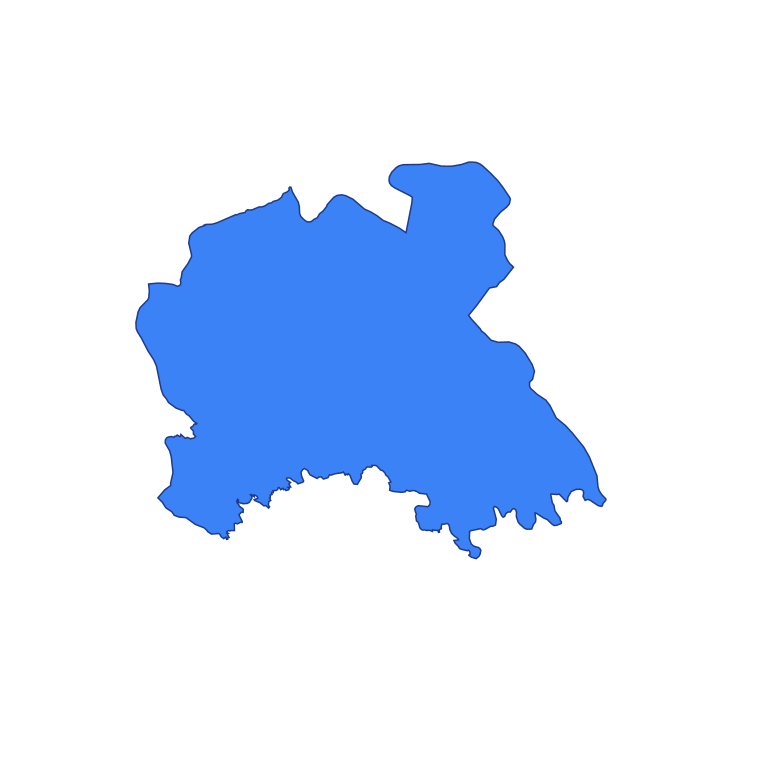 Ioba, Ioba, Burkina Faso (Equal Earth projection), rotated 308°
{"feature_id": "67063806B47797635439115", "entity_name": "Ioba", "entity_type": "district", "adm_level": 2, "iso_a3": "BFA", "parent_name": "Burkina Faso", "parent_adm1": "Ioba", "projection": "equal_earth", "projection_center": [-3.138, 11.037], "detail": "fine", "context": "isolated", "style": "filled", "palette": "blue", "viewbox_px": 768, "rotation_deg": 308, "n_neighbors": 0, "source": "geoboundaries", "source_scale": "gbopen_adm2", "svg_char_len": 6159}
<svg xmlns="http://www.w3.org/2000/svg" viewBox="0 0 768 768"><g transform="rotate(308 384 384)"><path d="M481.7,189.6L481.2,188.5L479.8,188.5L478.4,189.9L475.6,189.4L472.0,187.4L468.0,188.3L463.4,187.1L459.7,184.3L457.4,183.8L455.5,182.0L451.3,180.6L448.5,178.9L446.4,176.4L440.1,172.9L438.3,171.0L437.5,169.3L435.9,168.7L433.6,168.9L429.4,165.3L426.6,163.9L426.3,163.0L408.1,153.1L403.9,150.0L400.1,145.4L398.3,144.4L398.3,145.1L393.4,141.8L384.9,139.8L381.0,139.9L374.8,143.4L367.5,152.6L365.8,154.0L357.9,155.4L348.3,155.8L342.9,158.8L340.8,159.4L338.5,161.7L336.6,162.5L333.9,161.3L332.6,156.6L328.8,150.0L324.3,143.7L317.9,136.9L312.8,141.8L306.9,145.7L304.6,146.0L294.0,144.8L289.6,145.8L279.8,150.6L275.1,154.6L273.4,157.5L270.6,165.0L264.7,177.8L261.4,187.4L258.1,193.6L242.6,211.7L239.4,216.8L238.2,222.1L236.7,225.6L237.0,234.9L238.7,240.7L239.8,242.5L238.7,246.6L238.9,250.4L237.5,256.5L237.6,260.8L236.4,260.6L236.1,259.5L235.1,259.1L233.0,259.4L231.1,258.5L230.2,258.9L229.5,262.9L227.2,264.6L226.7,267.9L223.9,267.3L222.6,265.8L221.8,265.6L220.8,261.9L218.8,260.9L219.2,255.0L217.4,255.8L216.8,255.3L216.5,252.5L214.9,252.2L213.8,251.2L212.7,251.2L211.7,248.8L209.3,246.6L207.7,245.9L205.4,246.1L202.8,247.9L199.3,256.3L195.8,261.0L184.3,272.3L174.5,276.9L172.7,278.4L165.6,276.4L155.1,275.9L154.3,282.3L152.1,288.4L152.7,295.4L151.4,299.6L153.0,304.5L156.8,310.3L157.2,321.6L159.9,330.8L159.7,334.2L159.1,336.1L159.5,340.4L164.2,345.6L164.6,346.8L163.4,349.8L163.5,352.9L165.9,353.6L164.7,355.7L165.5,356.4L167.0,355.6L167.7,356.3L169.5,352.4L170.4,353.2L170.3,351.8L170.8,351.0L173.0,351.9L173.3,353.1L173.9,353.2L176.4,356.4L181.8,352.0L182.7,352.4L183.6,354.7L186.7,356.0L187.6,357.4L188.4,356.9L191.6,350.2L195.3,350.6L196.1,352.0L198.3,350.5L198.8,349.4L198.6,345.0L199.5,344.0L199.9,341.5L201.3,339.9L203.1,339.7L202.9,340.8L201.4,341.7L201.3,342.8L203.0,346.8L205.6,349.7L207.7,350.7L212.6,350.3L213.9,349.3L214.6,346.9L215.2,347.6L215.3,351.1L216.5,349.9L216.9,350.8L217.3,352.8L217.0,354.1L216.0,354.8L212.9,352.9L212.6,353.9L214.1,359.6L214.0,364.1L215.4,365.9L215.2,369.5L216.8,369.4L217.1,367.9L217.9,367.1L220.7,365.6L222.4,366.5L223.5,364.1L224.3,364.5L226.3,362.8L228.0,363.8L228.6,362.6L229.5,362.3L230.0,363.6L231.0,363.3L231.7,362.2L233.7,364.6L235.4,365.2L237.2,364.5L237.9,365.2L237.1,367.7L239.7,368.7L238.9,369.9L240.2,371.2L239.7,372.3L242.0,374.0L243.5,373.6L243.5,372.0L245.3,373.9L246.7,370.5L248.8,371.0L248.6,367.1L248.9,365.9L249.8,365.3L250.6,365.9L252.0,367.6L252.0,372.2L252.7,375.1L252.3,377.6L256.6,380.5L258.0,380.5L260.8,375.6L263.4,372.9L266.6,372.6L268.4,373.4L269.0,377.4L268.2,378.1L266.9,381.6L268.4,389.5L270.6,390.0L272.2,391.7L271.8,394.7L272.9,395.6L275.8,397.5L278.8,397.0L279.6,398.3L283.5,401.0L288.0,405.4L289.7,406.2L288.3,409.5L289.7,409.6L289.9,411.1L291.3,411.1L291.1,413.4L287.8,418.8L286.7,421.9L288.5,424.8L296.2,423.8L298.9,421.3L300.1,421.9L301.4,421.6L302.5,420.5L305.3,421.6L308.1,421.6L310.8,425.3L311.8,425.4L312.4,424.6L314.4,427.1L315.0,428.8L314.1,434.1L314.9,436.3L314.5,439.5L313.4,441.3L313.3,444.3L311.0,449.8L309.1,448.6L307.0,451.9L303.7,453.9L305.1,457.6L309.6,464.7L312.2,467.1L314.2,467.1L315.3,470.3L317.8,472.3L318.8,473.9L319.7,477.2L319.6,479.1L323.5,485.3L319.6,492.9L317.3,494.3L315.5,494.3L314.2,493.9L309.2,485.9L307.1,484.9L304.8,485.0L303.5,486.2L301.2,489.8L299.6,490.2L296.1,493.9L296.1,496.2L292.7,501.0L292.3,503.2L293.0,504.8L293.9,505.5L294.8,507.8L296.7,509.8L297.7,513.0L298.9,512.0L299.5,512.6L299.7,513.7L301.7,516.5L300.7,518.3L301.3,518.9L303.2,517.3L305.2,518.3L306.8,516.9L309.3,515.9L310.9,518.1L312.7,519.3L313.2,520.5L312.5,522.7L309.8,525.5L307.9,529.2L307.5,532.6L307.7,537.3L307.0,538.7L303.7,535.4L302.4,538.1L301.8,542.6L300.9,544.7L301.2,546.3L303.9,552.3L305.1,552.8L304.9,554.3L304.1,555.6L302.6,556.7L301.8,556.1L301.2,556.5L301.4,559.6L303.1,564.1L306.5,564.9L309.1,564.5L312.6,562.7L313.2,561.3L313.4,559.3L311.4,554.4L311.7,551.1L314.7,546.4L320.5,542.3L321.6,542.5L329.6,549.3L329.9,551.8L331.7,553.2L337.4,555.6L338.9,557.3L341.5,558.7L346.5,555.8L353.6,546.6L355.5,546.3L356.3,549.2L355.9,551.2L353.1,556.9L352.3,559.2L352.6,560.1L354.0,560.6L357.0,559.8L359.3,560.5L361.0,562.4L363.8,562.2L365.5,562.7L366.0,563.6L365.9,565.3L364.7,567.2L360.9,570.0L357.9,574.6L357.2,576.8L356.8,583.8L357.5,585.9L359.1,588.0L360.7,589.7L365.2,588.3L368.6,588.3L371.0,586.9L375.2,582.4L375.8,582.9L376.8,593.0L377.7,595.9L377.0,602.5L377.2,605.2L379.2,607.2L383.2,609.6L384.6,608.7L385.1,606.8L386.7,605.3L389.2,596.9L393.1,592.5L393.9,589.9L399.4,583.6L400.2,583.4L403.5,588.5L405.1,589.8L403.7,600.2L404.6,600.7L408.2,598.6L414.4,597.7L419.1,600.1L421.7,603.2L422.5,604.8L422.5,606.8L421.0,608.5L418.0,610.0L416.1,614.2L418.5,615.5L419.3,618.0L420.0,627.6L421.4,630.7L422.5,631.1L424.8,630.1L428.9,630.4L430.0,629.7L430.9,623.6L432.4,619.3L434.7,615.9L442.7,608.4L453.0,590.6L457.3,580.1L461.4,562.3L463.0,552.3L463.3,540.6L469.3,527.8L470.9,521.4L470.1,511.4L470.8,502.2L472.0,499.9L475.1,497.6L479.1,498.2L486.7,494.7L490.6,488.7L495.3,476.2L496.9,467.0L496.5,462.9L494.0,456.5L487.2,448.4L484.4,441.4L485.8,432.5L485.8,428.0L486.7,425.9L489.1,412.1L490.2,408.4L502.7,408.7L524.6,408.0L530.1,412.8L535.0,412.5L540.2,414.0L555.8,414.1L556.3,408.8L557.6,404.9L560.2,399.7L568.5,393.3L570.8,390.7L573.1,386.7L575.6,379.6L576.0,372.5L577.3,371.2L581.8,369.6L591.2,370.0L599.1,371.8L603.1,371.9L607.4,369.8L608.5,367.9L612.1,356.8L614.3,348.4L615.7,338.0L616.6,327.5L616.5,324.1L615.4,320.3L613.0,316.6L610.8,314.0L604.6,309.9L597.2,303.2L591.1,295.2L585.7,283.8L579.2,277.3L568.8,264.3L565.4,261.6L562.0,260.4L555.8,259.7L550.9,260.5L547.5,262.6L545.8,264.7L544.9,267.6L545.2,272.1L548.4,288.3L548.6,290.7L548.2,291.6L544.2,294.3L516.8,308.2L516.2,299.7L514.2,289.1L512.4,282.8L512.3,274.7L511.4,267.5L509.8,260.9L510.5,245.8L508.9,238.1L507.0,234.1L503.7,230.9L500.3,229.5L490.2,228.8L488.8,229.5L482.8,229.5L478.4,228.4L474.0,229.1L470.8,227.5L467.6,226.8L465.7,225.4L464.4,223.3L464.2,220.3L464.7,215.9L465.3,214.4L466.5,212.5L471.8,207.9L474.5,204.5L478.9,193.7L481.7,189.6Z" fill="#3b82f6" stroke="#1e3a8a" stroke-width="1.5"/></g></svg>